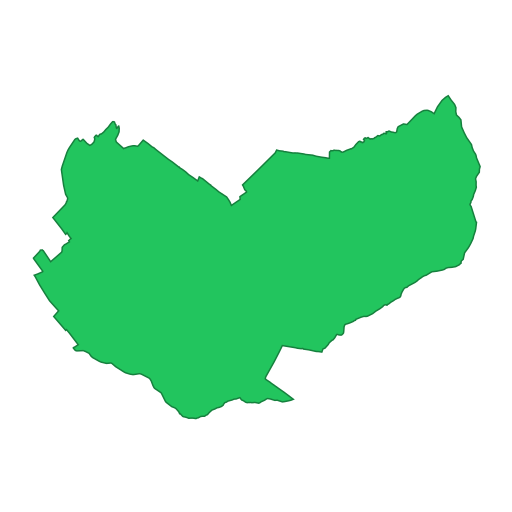 Cristesti, Botosani, Romania (Robinson projection), rotated 271°
{"feature_id": "2599482B85753621682274", "entity_name": "Cristesti", "entity_type": "district", "adm_level": 2, "iso_a3": "ROU", "parent_name": "Romania", "parent_adm1": "Botosani", "projection": "robinson", "projection_center": [26.725, 47.605], "detail": "fine", "context": "isolated", "style": "filled", "palette": "green", "viewbox_px": 512, "rotation_deg": 271, "n_neighbors": 0, "source": "geoboundaries", "source_scale": "gbopen_adm2", "svg_char_len": 6057}
<svg xmlns="http://www.w3.org/2000/svg" viewBox="0 0 512 512"><g transform="rotate(271 256 256)"><path d="M254.9,461.6L256.3,463.2L262.8,464.5L267.9,468.1L269.8,469.2L272.5,470.6L277.2,472.7L279.7,473.2L284.8,474.8L286.9,475.2L293.6,475.9L294.0,475.3L309.3,470.2L310.2,469.5L311.4,469.0L313.2,469.9L314.7,470.0L316.2,471.1L319.2,472.2L321.5,472.6L325.1,474.1L328.6,475.1L330.5,474.8L334.0,474.8L336.8,474.2L337.6,474.3L339.7,475.2L343.6,477.8L346.9,477.9L348.3,478.3L349.4,478.5L358.1,474.7L359.8,474.4L361.5,473.8L364.8,471.6L368.3,470.2L371.2,469.5L378.1,464.5L383.0,461.9L388.7,459.3L395.7,458.5L398.2,456.5L400.4,454.0L403.8,453.2L407.8,453.3L411.0,451.9L415.5,448.2L419.6,445.4L417.9,442.7L414.8,439.3L408.4,434.9L401.4,431.6L403.3,428.7L404.6,425.4L404.7,424.4L404.5,422.1L404.4,421.4L403.7,419.7L400.6,414.7L399.0,412.9L390.1,404.7L390.6,401.1L387.8,396.0L387.4,395.7L385.8,395.0L382.7,394.5L381.9,393.8L381.7,393.1L381.9,391.7L382.2,390.8L382.2,389.6L383.3,386.8L382.6,385.7L382.5,384.0L382.1,383.9L381.2,384.4L380.7,384.3L380.4,384.0L380.9,382.3L380.8,381.4L379.8,380.6L379.6,379.3L378.3,377.9L378.2,377.5L378.5,375.7L376.7,373.6L376.7,373.2L376.3,372.5L375.5,371.9L375.4,370.9L375.0,370.2L375.3,368.9L374.9,368.4L374.9,368.0L376.4,366.0L375.5,364.3L375.6,363.8L376.0,363.4L375.8,362.5L375.3,362.0L374.3,361.5L373.7,362.5L372.6,362.2L372.1,362.0L371.8,361.6L371.8,361.2L371.3,360.9L371.2,360.2L371.9,359.5L371.9,358.6L372.6,357.9L372.1,356.6L369.2,353.9L366.5,352.0L364.8,349.5L364.8,348.7L364.5,348.1L363.3,344.9L361.4,341.3L361.2,340.1L361.6,339.7L361.7,339.1L362.5,338.3L362.9,337.0L363.0,333.1L363.2,332.2L362.7,331.3L362.6,330.8L362.5,329.7L362.7,329.1L361.2,327.7L355.0,327.7L355.0,326.3L355.5,323.8L355.9,320.0L356.8,314.4L357.8,310.9L358.4,303.7L358.8,302.3L359.7,295.6L359.7,292.0L359.6,291.3L360.8,283.5L360.8,282.1L361.3,281.2L361.6,277.4L362.3,274.8L359.4,273.4L341.4,255.8L326.8,241.3L325.6,242.1L322.1,243.6L321.3,244.4L320.7,245.2L319.7,245.4L315.1,238.9L312.3,239.2L306.1,230.5L309.3,229.1L311.7,227.6L314.5,225.6L319.4,217.8L322.0,214.6L325.5,209.8L326.1,209.2L326.2,209.3L327.1,207.9L332.5,201.1L332.6,200.5L334.1,197.9L330.0,196.4L333.3,191.7L336.2,187.2L338.8,184.3L341.2,181.0L342.6,178.6L343.4,177.8L343.2,177.7L348.6,170.6L351.0,166.9L360.4,154.4L362.6,151.8L363.0,150.6L363.6,149.8L366.6,146.0L369.9,141.2L364.6,136.8L363.6,135.7L364.1,132.9L364.1,131.3L363.8,129.7L363.0,126.5L361.8,123.7L361.4,122.1L361.1,121.8L367.3,114.6L368.1,114.1L370.3,113.5L374.2,115.6L377.7,116.9L381.2,117.0L383.2,116.6L383.5,116.5L383.5,116.2L381.4,114.8L381.2,114.4L381.8,114.1L384.7,113.6L385.6,112.8L387.4,112.2L387.8,111.6L387.8,110.3L385.5,108.3L382.2,106.0L379.8,103.6L377.4,101.7L376.1,100.2L375.3,99.2L375.2,98.3L374.8,97.6L372.6,96.1L372.8,95.5L373.9,94.6L374.0,94.1L373.7,93.7L372.5,92.7L371.7,92.2L370.2,92.8L367.3,92.1L365.1,90.2L363.8,88.3L363.7,87.7L364.3,87.1L365.6,85.0L369.6,81.2L369.6,80.9L367.8,78.8L367.6,78.3L368.2,77.3L370.7,75.6L370.2,74.0L369.4,72.9L361.2,67.6L358.7,66.2L356.1,65.1L342.4,60.7L339.1,59.9L323.4,62.4L314.3,64.6L311.3,66.4L310.5,66.7L309.6,66.6L307.1,65.9L307.0,65.6L305.5,65.2L303.7,64.1L290.9,52.2L279.7,61.3L274.3,65.3L275.0,66.0L275.1,66.4L275.9,66.7L272.3,69.1L270.2,70.8L269.1,69.4L268.5,69.0L268.2,68.5L266.9,69.2L264.6,65.7L263.9,64.3L261.3,62.1L257.8,62.0L256.5,61.7L246.7,50.8L257.6,43.2L257.7,42.7L258.3,42.3L258.1,40.3L257.2,39.9L256.4,39.3L250.0,33.5L249.5,33.7L244.8,37.2L237.0,43.1L236.6,43.0L235.9,41.7L234.2,38.0L232.9,34.6L231.5,35.6L223.4,40.1L215.3,45.3L207.6,50.4L197.7,59.6L192.0,54.8L178.3,67.0L179.1,67.8L176.1,70.4L164.2,79.8L161.8,76.3L161.2,75.0L160.9,74.9L158.7,76.7L158.2,77.5L158.0,78.6L158.4,85.0L157.4,87.5L155.8,90.8L152.9,92.9L151.6,94.4L148.0,101.1L147.2,103.0L146.0,108.4L146.5,112.8L146.1,113.8L142.9,117.6L137.9,125.8L137.0,127.5L135.7,132.1L135.3,134.7L135.3,135.7L136.2,140.8L136.3,141.8L136.1,142.7L135.8,143.6L132.1,151.2L131.3,152.1L129.3,153.4L124.8,155.2L122.5,156.4L121.7,157.2L117.8,163.2L117.2,163.8L109.6,167.7L108.7,168.2L107.7,169.3L103.9,174.4L103.0,176.9L102.4,178.1L101.7,179.0L98.9,181.5L97.0,182.4L97.2,182.8L94.4,185.5L94.1,186.1L93.7,188.2L93.1,190.4L92.7,191.1L92.6,191.9L92.8,193.7L92.8,195.9L92.4,198.7L92.5,199.1L93.0,200.0L93.2,201.1L94.5,203.3L94.8,205.0L94.9,207.3L95.3,208.0L96.1,209.0L96.5,210.2L98.7,212.0L101.2,214.7L102.4,217.7L103.5,219.6L104.0,221.8L105.0,224.2L106.3,225.8L107.6,226.4L108.8,227.3L109.4,229.0L110.4,230.4L111.7,234.8L112.5,236.5L112.7,238.6L114.1,242.2L114.1,242.4L112.3,243.7L111.6,244.5L111.2,245.8L109.7,248.1L109.4,248.9L109.2,250.0L109.4,251.2L109.3,251.9L109.5,252.7L109.3,253.8L109.3,255.4L109.6,257.3L108.9,261.3L109.3,262.3L110.4,263.8L112.0,267.2L113.3,269.0L113.7,270.1L113.3,272.8L112.0,277.4L112.2,279.7L110.6,284.9L110.9,287.0L111.7,290.7L112.4,293.4L113.4,295.8L119.7,287.2L129.1,273.4L130.0,272.3L132.6,268.2L133.4,267.4L135.3,267.8L150.4,275.9L159.9,280.6L166.9,283.9L165.0,297.0L164.5,299.1L164.1,303.0L164.3,303.5L164.4,304.3L164.2,304.8L163.8,304.9L163.1,310.5L161.6,317.8L161.5,320.5L161.1,323.5L164.1,324.5L164.5,325.0L164.7,325.7L165.1,326.6L168.7,329.7L170.5,330.7L173.2,333.6L173.3,334.2L173.8,334.7L175.5,336.1L178.9,338.0L179.0,338.7L178.5,340.4L178.4,342.5L178.6,343.1L179.8,344.3L180.5,344.8L181.7,345.0L186.9,345.3L188.9,346.1L189.5,347.2L189.8,348.4L190.8,351.1L192.3,354.4L193.1,355.4L193.5,356.6L194.4,356.9L196.7,362.2L197.5,364.8L197.5,367.3L197.8,368.6L199.0,370.9L200.4,373.6L203.0,376.8L205.4,380.7L207.7,383.7L208.7,384.4L209.4,385.6L209.5,386.3L209.2,387.4L209.2,387.9L209.7,387.9L210.3,389.4L212.2,391.7L213.8,394.3L214.9,395.7L216.2,398.2L216.7,399.6L217.2,400.4L217.6,400.9L218.8,401.5L219.9,401.6L222.3,402.5L225.1,404.0L226.4,404.9L227.1,406.1L227.3,407.4L228.9,409.1L232.3,415.3L233.8,417.4L235.2,418.8L238.4,423.2L239.3,424.9L239.7,426.4L243.3,432.1L244.0,437.2L245.2,442.5L245.9,444.5L247.2,446.3L247.8,448.3L248.1,451.8L248.8,455.6L249.0,456.1L250.9,459.6L252.1,460.6L252.3,461.1L254.1,461.2L254.9,461.6Z" fill="#22c55e" stroke="#15803d" stroke-width="1.5"/></g></svg>